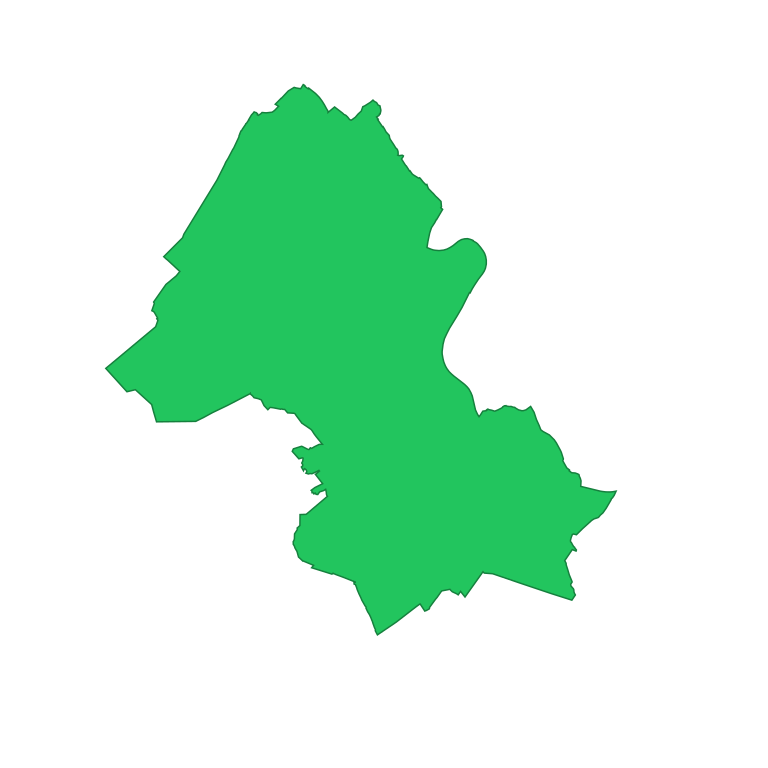 Olst-Wijhe, Overijssel, Netherlands, rotated 136°
{"feature_id": "6326949B2249346791276", "entity_name": "Olst-Wijhe", "entity_type": "district", "adm_level": 2, "iso_a3": "NLD", "parent_name": "Netherlands", "parent_adm1": "Overijssel", "projection": "albers", "projection_center": [6.151, 52.376], "detail": "fine", "context": "isolated", "style": "filled", "palette": "green", "viewbox_px": 768, "rotation_deg": 136, "n_neighbors": 0, "source": "geoboundaries", "source_scale": "gbopen_adm2", "svg_char_len": 6145}
<svg xmlns="http://www.w3.org/2000/svg" viewBox="0 0 768 768"><g transform="rotate(136 384 384)"><path d="M573.3,588.5L574.3,557.0L566.8,552.6L565.4,530.6L569.2,523.8L573.9,514.8L545.4,487.9L536.5,485.1L527.1,482.5L511.4,477.3L487.2,470.1L486.9,470.1L487.1,469.9L487.1,469.6L486.8,466.8L487.0,464.4L484.6,460.7L483.3,457.8L485.3,451.8L485.4,446.2L482.2,446.3L480.3,444.0L475.9,437.7L474.8,437.0L474.3,435.9L473.1,434.7L473.4,430.2L469.1,425.5L468.8,424.9L468.7,424.2L469.0,422.8L470.3,412.9L468.1,402.3L468.1,400.8L469.0,396.2L469.4,392.7L470.2,383.4L472.6,385.6L477.9,387.3L480.7,387.9L481.2,389.2L481.5,389.3L483.2,388.9L483.7,389.2L484.2,390.0L486.2,395.8L486.6,396.5L494.2,400.3L496.8,399.3L497.2,389.3L494.1,387.7L493.7,386.8L496.3,384.8L497.5,384.6L498.2,384.0L498.3,382.7L499.4,381.6L501.1,381.7L502.2,377.5L500.4,378.3L499.9,378.3L499.6,376.4L500.2,374.8L500.8,374.4L502.1,374.1L500.9,371.8L499.3,370.9L498.2,369.5L493.1,367.7L490.8,367.1L490.9,366.2L494.9,366.4L496.1,366.7L497.4,354.9L505.6,357.5L510.2,358.1L510.1,357.4L510.3,357.0L511.3,355.8L510.6,355.2L510.8,353.6L509.3,353.4L509.5,351.8L508.4,350.5L505.3,351.1L501.1,349.1L499.6,349.0L499.1,348.8L500.8,346.1L501.9,344.8L502.5,343.7L502.7,342.5L530.5,344.3L535.1,348.4L542.8,340.6L546.6,340.7L546.9,340.0L547.6,339.5L552.5,338.3L556.0,334.9L557.5,334.0L558.8,333.7L560.7,331.6L560.9,330.1L562.0,327.7L562.9,324.0L565.7,318.9L565.4,313.1L565.2,313.1L560.6,302.5L563.7,302.1L553.5,283.4L552.2,283.3L552.2,282.8L551.9,282.7L551.0,280.4L548.0,274.2L542.0,261.0L543.4,262.2L543.8,261.6L544.5,260.9L543.9,259.5L545.2,256.4L546.1,254.7L547.8,250.3L549.1,246.4L550.1,243.9L551.8,237.3L551.7,236.5L552.4,235.3L552.7,235.2L554.0,231.4L554.7,228.1L555.7,225.2L556.9,222.4L556.9,222.1L558.3,219.3L560.1,215.3L560.7,213.4L561.7,212.5L563.0,208.1L540.5,204.2L515.9,201.5L510.9,200.8L510.8,200.7L512.4,192.3L511.2,191.9L510.7,191.5L509.8,191.4L508.0,190.8L507.3,190.9L506.9,191.3L506.2,191.7L496.3,193.4L494.1,193.6L487.4,194.9L486.1,195.0L479.2,190.5L479.3,189.1L479.2,187.1L477.5,182.7L477.1,180.8L473.0,181.6L473.7,174.5L443.2,180.2L443.3,178.8L443.1,178.2L437.7,172.1L437.2,171.2L424.3,146.0L409.3,117.1L399.0,98.0L392.9,99.3L392.4,101.1L391.9,102.3L390.3,104.3L390.0,105.2L389.8,108.8L389.2,109.8L388.7,110.3L386.4,110.8L386.0,111.2L383.3,118.0L380.5,123.4L378.6,127.3L377.5,128.6L376.7,131.4L363.6,134.1L361.9,130.4L360.9,130.9L360.6,133.6L360.3,134.2L360.5,135.2L360.1,137.2L359.3,140.0L359.5,140.7L358.7,141.8L358.2,142.2L356.1,143.5L353.1,144.9L351.9,144.5L350.3,141.9L341.6,142.0L329.4,141.6L326.7,141.1L322.8,139.2L321.6,139.1L319.6,139.4L316.1,139.2L310.4,140.3L301.2,142.9L300.5,143.2L300.3,143.5L298.7,143.4L295.8,144.0L291.5,145.7L294.7,147.9L296.5,149.4L299.5,152.4L301.6,155.0L302.8,156.6L313.6,173.7L309.6,177.4L308.3,179.8L307.5,182.2L306.9,182.9L306.7,183.6L307.3,185.2L308.3,187.2L310.4,189.5L310.7,190.1L311.1,192.9L310.5,193.0L310.3,193.3L310.8,196.7L308.7,204.7L307.6,205.1L307.0,205.5L303.9,211.7L303.2,213.7L301.0,221.6L300.3,225.5L300.4,232.4L302.6,239.4L303.0,242.1L301.2,246.4L299.0,252.6L295.7,259.4L294.1,266.0L299.9,266.8L302.2,268.0L303.4,269.0L305.2,272.0L306.2,275.8L306.1,276.1L306.4,276.7L307.4,277.9L307.9,279.2L308.3,279.7L309.7,281.0L311.5,283.4L311.3,283.7L312.6,284.7L314.5,285.1L314.7,284.9L316.0,285.0L319.9,286.2L323.0,287.4L323.4,287.8L324.7,290.3L326.3,292.6L326.7,293.8L327.1,294.0L328.5,294.1L328.6,293.9L328.6,293.7L329.2,293.9L331.7,295.8L336.5,294.7L338.3,294.5L337.8,297.2L336.2,301.8L328.8,314.1L327.5,317.4L326.4,321.5L326.2,324.1L326.3,327.7L328.2,340.9L328.5,344.2L328.6,347.6L328.1,351.2L327.7,352.9L327.2,354.6L325.7,358.3L323.8,361.5L321.2,365.3L319.6,367.0L313.9,371.6L309.1,374.6L303.6,376.7L298.1,378.6L284.4,382.1L274.8,384.8L259.0,390.4L258.8,389.7L254.3,391.2L250.0,392.3L243.3,393.8L236.6,394.8L233.4,395.6L230.6,396.8L227.1,399.2L224.4,402.0L222.3,405.1L221.0,407.9L220.3,410.5L219.6,415.2L219.3,419.9L219.5,421.6L220.5,425.1L220.2,425.3L220.6,426.4L221.6,428.4L223.0,430.6L225.4,432.6L228.0,434.1L231.4,435.0L238.3,435.6L241.7,436.3L245.0,437.3L248.1,438.9L251.7,441.7L254.4,444.8L255.3,446.0L256.5,448.2L258.3,452.3L253.7,455.8L246.2,460.9L241.2,463.5L235.4,464.8L232.2,465.9L232.0,465.7L220.5,468.9L220.7,471.4L219.5,471.6L216.2,475.7L216.2,480.0L216.4,483.4L216.2,486.8L216.3,488.5L216.3,493.7L215.7,495.3L214.5,497.8L215.5,498.3L215.5,499.5L215.5,502.2L215.1,506.3L215.1,507.6L216.1,508.0L217.6,514.0L217.8,515.4L217.2,519.3L217.7,519.4L216.5,525.3L216.6,526.4L215.1,533.7L212.4,534.2L211.6,534.6L211.8,535.6L212.1,536.0L214.5,537.8L215.1,539.0L214.6,539.1L213.5,540.2L212.4,541.5L211.6,543.2L211.4,544.5L211.6,545.7L210.9,548.5L209.6,555.4L209.1,556.9L207.5,559.3L207.4,564.0L206.5,567.0L205.9,569.8L206.4,569.9L204.9,578.6L204.2,578.5L204.0,580.9L203.9,581.3L201.1,580.6L199.8,581.3L199.4,580.9L199.1,581.0L196.8,582.5L196.0,583.2L193.7,586.9L194.4,588.6L194.4,589.1L193.9,591.4L194.0,592.1L194.6,593.8L194.7,595.9L198.1,596.1L204.8,597.5L206.6,598.2L210.8,596.1L215.1,596.2L219.3,595.8L224.3,596.5L224.5,596.7L224.9,597.7L225.0,598.4L224.7,601.3L224.8,603.8L225.6,605.9L225.6,607.5L227.1,617.6L235.6,618.2L234.8,619.0L234.1,622.0L232.9,626.3L232.0,630.5L231.4,635.1L231.4,639.5L231.5,641.1L232.6,649.2L233.5,649.0L234.2,653.1L233.7,653.3L233.7,654.2L234.1,655.5L238.8,654.3L241.5,657.9L242.6,659.8L249.3,661.3L259.4,660.8L259.5,661.0L267.9,660.8L266.9,657.0L272.6,656.8L275.6,657.2L280.5,661.0L283.1,664.0L285.2,664.0L287.9,664.6L287.9,665.3L288.1,665.7L287.3,666.1L287.4,668.0L288.4,669.6L288.4,669.9L288.8,670.0L289.8,669.7L292.5,669.6L297.9,668.1L298.0,667.7L298.5,667.8L301.6,667.1L302.7,667.2L303.2,666.9L308.9,665.7L310.4,665.2L310.7,665.4L311.4,665.3L314.1,664.1L314.2,663.9L315.5,663.5L316.3,662.8L317.3,662.3L328.0,658.2L330.1,657.7L339.4,654.6L343.7,653.5L346.6,652.3L362.6,646.7L423.9,630.8L427.3,629.1L454.0,628.6L453.8,624.8L453.6,623.8L452.8,609.0L452.6,606.8L458.3,606.1L471.7,607.1L492.8,603.0L493.1,601.8L493.6,601.3L500.1,598.0L499.5,596.5L499.4,595.9L499.5,594.8L501.1,588.6L502.1,588.8L502.4,587.2L502.3,586.9L508.5,583.8L573.3,588.5Z" fill="#22c55e" stroke="#15803d" stroke-width="1.5"/></g></svg>